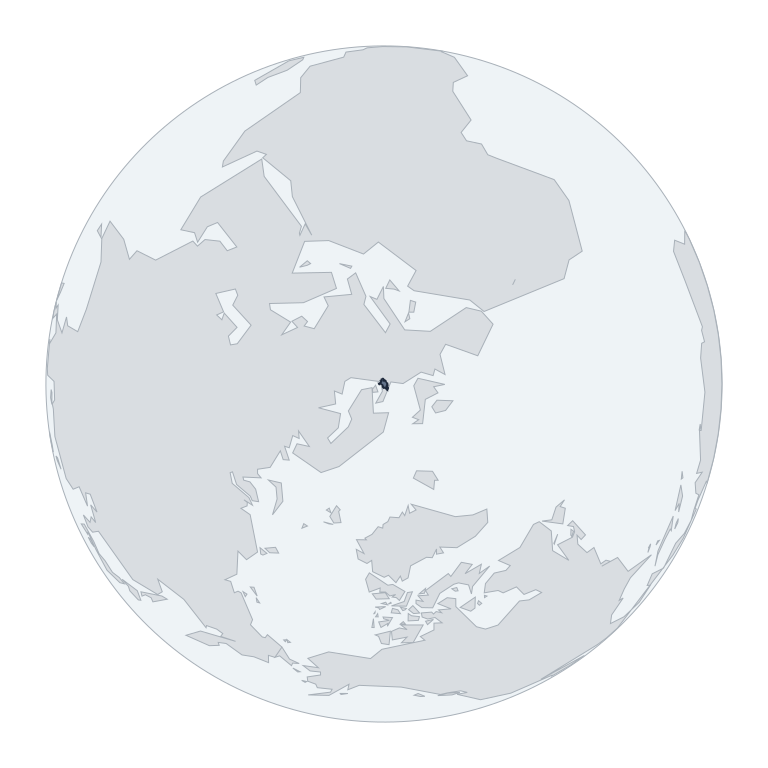 Schleswig-Holstein highlighted on a globe, orthographic projection, rotated 197°
{"feature_id": "DEU-1579", "entity_name": "Schleswig-Holstein", "entity_type": "State", "adm_level": 1, "iso_a3": "DEU", "parent_name": "Germany", "parent_adm1": "", "projection": "orthographic", "projection_center": [9.834, 54.215], "detail": "fine", "context": "on_globe", "style": "filled", "palette": "slate", "viewbox_px": 768, "rotation_deg": 197, "n_neighbors": 0, "source": "natural_earth", "source_scale": "10m", "svg_char_len": 13653}
<svg xmlns="http://www.w3.org/2000/svg" viewBox="0 0 768 768"><g transform="rotate(197 384 384)"><circle cx="384" cy="384" r="338" fill="#eef3f6" stroke="#a8b0b8"/><path d="M46.1,384.2L47.3,385.2L49.8,364.8L50.2,356.2L48.8,355.7L52.7,324.1L57.8,304.5L89.4,218.9L96.9,206.4L103.6,197.3L147.6,147.5L113.0,183.0L123.8,169.3L138.6,153.3L137.9,154.9L158.2,137.5L172.4,125.4L199.4,110.3L223.4,108.6L214.2,113.4L221.0,113.0L233.0,107.2L239.2,103.6L278.9,99.2L319.6,88.6L329.2,81.0L329.7,86.6L345.6,70.1L365.6,64.5L345.0,73.7L344.4,76.9L359.0,74.1L361.5,77.0L370.0,77.5L371.8,81.4L359.6,87.2L360.5,90.0L370.8,88.0L379.0,91.1L363.8,93.5L376.6,99.4L358.6,111.6L316.6,117.5L308.4,129.7L270.0,150.9L275.4,153.1L264.3,163.4L266.3,169.9L258.6,172.6L266.9,175.6L273.6,172.0L279.4,172.3L281.3,176.0L271.7,179.8L269.4,178.5L267.6,181.6L262.0,182.1L265.8,183.9L254.1,188.6L268.3,189.7L261.1,198.1L252.6,199.7L250.2,192.1L224.6,178.9L215.3,179.3L204.5,186.8L191.0,216.1L182.1,220.0L172.3,230.7L178.7,231.7L188.6,223.7L198.0,228.7L209.0,219.1L214.5,219.9L227.1,213.6L228.6,222.8L223.3,235.4L212.9,241.4L210.2,247.3L222.9,248.7L206.2,267.4L200.0,293.4L195.3,297.7L181.1,292.4L174.0,273.9L155.7,269.4L171.0,281.0L159.0,292.6L158.5,298.4L161.1,303.1L167.0,302.3L163.6,308.4L147.2,298.6L150.0,292.9L155.2,295.9L151.8,287.5L140.6,282.1L135.4,289.0L124.1,275.4L120.2,280.4L115.6,280.6L122.5,273.4L109.9,286.4L95.8,276.2L78.3,298.9L91.7,270.7L94.3,258.3L95.8,245.9L92.7,249.3L98.8,229.7L97.4,221.1L86.5,231.5L76.1,249.9L70.4,269.5L73.4,268.3L72.0,280.9L62.8,289.7L58.5,317.0L53.1,328.9L50.4,343.5L50.8,353.8L50.5,370.1L53.8,370.7L57.6,380.6L53.9,392.7L58.9,389.9L59.0,403.7L68.7,431.8L67.1,432.3L74.7,470.0L88.8,501.4L92.1,515.8L89.8,518.1L96.0,528.2L96.2,531.8L126.2,570.6L145.9,595.5L148.1,606.5L137.4,605.6L141.2,618.6L134.2,611.6L118.1,592.6L103.5,572.4L90.3,551.2L78.8,529.1L68.9,506.2L60.8,482.6L54.4,458.5L49.8,434.0L47.0,409.2L46.1,384.2ZM73.2,304.5L68.8,342.3L66.4,327.7L67.8,328.9L69.9,317.7L72.2,300.8L71.6,289.0L73.2,304.5ZM82.0,305.6L82.4,300.0L82.7,304.7L82.0,305.6ZM241.5,101.7L232.9,106.9L221.2,111.3L228.0,106.6L241.5,101.7ZM264.2,95.2L260.9,98.0L253.6,97.3L257.8,95.8L264.2,95.2ZM335.4,75.3L328.0,77.5L334.3,74.5L335.4,75.3ZM370.9,76.9L372.2,75.6L376.1,76.5L370.9,76.9ZM225.4,209.1L226.2,211.3L223.5,211.3L225.4,209.1ZM230.2,204.4L226.4,202.8L228.1,200.3L230.4,201.4L230.2,204.4ZM382.3,83.4L388.1,85.7L380.1,84.3L382.3,83.4ZM234.4,206.9L231.5,196.3L234.6,192.1L245.8,192.6L234.4,206.9ZM390.1,87.6L404.3,93.5L408.4,90.7L404.7,102.6L393.9,93.3L383.4,91.9L389.8,90.4L390.1,87.6ZM274.9,169.3L267.9,173.3L272.0,166.6L274.9,169.3ZM276.1,165.0L280.5,145.3L291.7,141.6L288.0,148.7L301.2,141.7L304.5,149.6L298.0,155.2L290.1,155.9L297.4,158.5L276.1,165.0ZM400.4,108.5L402.0,111.1L398.0,109.6L400.4,108.5ZM282.1,171.9L282.0,168.0L291.7,164.5L293.7,171.6L289.9,170.4L282.1,171.9ZM303.0,136.2L310.6,135.1L315.4,141.1L319.0,141.5L305.6,149.5L303.0,136.2ZM288.6,173.1L294.5,175.4L291.6,180.5L282.9,175.4L288.6,173.1ZM293.4,160.7L298.1,159.4L296.1,162.4L293.4,160.7ZM284.5,200.7L284.1,195.8L289.1,193.5L284.5,200.7ZM296.9,175.9L297.9,174.1L299.8,172.8L303.0,175.3L296.9,175.9ZM309.9,153.3L310.3,156.2L315.7,150.3L319.5,154.9L309.8,159.5L315.6,159.4L316.8,160.9L307.6,163.1L309.9,153.3ZM312.0,174.0L301.1,181.9L300.6,191.4L296.1,193.6L297.6,178.1L312.0,174.0ZM310.2,167.3L310.3,171.9L304.7,172.1L301.1,169.2L310.2,167.3ZM325.5,156.5L322.2,148.2L324.4,147.6L325.5,156.5ZM313.0,176.6L315.6,174.7L313.7,177.2L313.0,176.6ZM322.9,162.5L321.5,159.6L324.0,158.9L322.9,162.5ZM322.1,173.4L318.6,175.8L316.0,173.8L322.1,173.4ZM323.4,168.3L327.3,168.1L317.3,171.6L322.3,167.1L323.4,168.3ZM325.6,162.3L326.7,160.9L325.9,163.6L325.6,162.3ZM333.8,179.9L321.8,184.8L316.2,180.2L328.6,176.0L333.8,179.9ZM721.3,363.1L721.4,367.0L719.8,360.6L718.7,364.3L715.1,349.8L706.9,338.7L707.2,355.3L703.5,347.2L692.2,344.5L690.5,368.4L690.3,417.9L696.4,440.6L693.6,459.6L675.2,446.3L663.9,428.8L659.2,439.2L638.6,435.7L608.6,464.8L602.7,461.3L597.4,469.8L582.7,472.6L572.9,465.6L564.8,472.0L590.4,489.8L598.9,482.7L603.7,465.1L609.4,473.3L623.4,472.1L614.0,509.2L566.7,563.4L559.3,547.5L509.1,510.7L509.0,503.5L508.7,502.8L507.9,501.6L506.2,514.0L496.6,505.2L526.4,536.4L532.6,551.1L566.1,564.9L563.6,569.2L573.6,569.6L602.0,544.3L602.8,550.2L591.0,585.2L549.2,638.2L553.2,652.6L547.6,666.3L518.1,684.8L517.4,690.3L501.7,697.5L498.5,700.5L484.0,706.3L461.0,713.0L425.5,719.3L426.0,718.5L412.2,717.0L394.2,703.2L405.9,692.7L403.8,684.0L377.9,661.9L383.8,647.1L376.2,640.7L360.9,642.0L351.8,633.6L342.2,632.8L281.0,629.2L260.8,613.5L233.3,569.0L243.3,556.8L242.6,537.4L309.5,482.6L326.5,489.4L382.5,482.0L390.0,484.5L386.5,501.9L430.9,518.1L441.6,502.3L478.8,505.0L501.6,497.2L504.2,463.2L466.9,475.4L457.4,461.5L484.8,438.2L517.0,427.5L514.3,421.8L491.4,415.9L496.2,401.1L483.2,412.8L490.4,417.1L482.5,424.8L475.4,421.4L477.3,416.1L466.9,416.5L460.2,442.5L466.8,449.7L441.1,460.3L449.7,473.7L443.6,482.0L426.9,462.6L426.5,454.2L397.6,433.5L395.7,443.2L422.8,463.6L415.5,462.9L413.1,477.1L409.1,465.7L380.0,441.8L355.1,447.9L327.7,481.1L312.2,482.1L297.2,473.1L302.6,438.4L336.7,440.0L339.1,428.7L328.4,410.9L339.7,413.2L339.5,406.4L352.0,406.2L365.9,390.0L378.0,388.0L379.9,366.9L386.3,363.3L383.4,376.6L387.8,385.2L417.5,380.4L422.2,375.1L421.1,362.1L429.4,362.8L424.4,350.8L439.7,342.1L416.9,343.0L414.9,328.7L422.2,315.9L417.4,311.6L405.6,332.6L404.6,341.0L410.2,347.8L403.8,372.0L394.4,377.0L385.6,353.0L371.2,357.9L370.6,337.9L402.9,291.9L418.3,280.9L451.2,291.4L449.7,301.4L437.1,302.4L452.0,314.1L449.2,307.1L456.2,308.0L456.0,295.3L460.9,295.4L452.4,283.5L458.3,282.2L463.6,289.8L468.5,271.0L480.0,265.5L478.7,261.3L474.1,258.3L491.7,253.8L490.0,251.0L483.6,251.2L476.0,245.9L469.5,234.8L475.9,233.9L479.1,237.7L495.6,244.8L503.2,255.7L505.2,254.2L500.1,244.6L480.0,235.9L474.3,229.6L484.1,232.3L480.1,230.8L479.3,227.4L484.5,223.3L473.8,219.9L455.8,186.3L464.1,175.8L474.8,181.5L469.1,159.1L478.9,150.3L472.9,150.4L466.1,140.6L463.0,143.2L459.6,142.5L440.8,120.2L441.3,114.7L426.5,106.5L423.4,106.7L422.2,110.2L404.7,102.6L408.4,90.7L415.2,90.7L412.9,83.8L428.6,85.1L440.6,83.4L459.1,89.7L467.0,88.4L465.2,85.9L474.5,82.7L499.9,85.8L487.3,94.1L450.7,94.5L466.4,94.9L465.2,98.2L472.3,100.7L483.1,101.1L482.9,98.9L512.4,119.5L543.3,131.2L535.3,120.5L538.9,116.5L567.0,123.5L614.0,159.7L619.3,157.1L625.3,160.8L633.2,170.9L624.7,165.8L625.2,171.3L619.2,167.2L629.2,182.7L621.0,177.6L632.7,192.7L637.5,192.7L631.8,180.5L645.5,196.6L650.5,192.5L660.3,200.7L683.4,237.6L692.9,263.4L695.4,268.0L694.3,272.4L700.3,290.0L708.2,294.1L710.5,300.4L716.7,329.3L715.5,325.3L712.7,337.0L717.5,355.2L719.8,350.1L720.7,355.4L721.3,363.1ZM290.0,516.4L289.0,522.5L290.0,516.4ZM553.9,431.4L571.3,421.4L558.5,406.1L564.2,401.1L557.8,398.0L557.5,405.1L541.1,395.2L546.8,384.3L542.2,376.5L536.1,379.6L528.3,401.4L551.7,415.2L549.8,426.1L553.9,431.4ZM69.2,432.5L69.9,438.2L68.0,433.7L69.2,432.5ZM63.6,330.3L63.9,336.5L63.2,341.4L62.5,337.4L63.6,330.3ZM71.9,380.0L73.4,387.7L70.7,381.7L71.9,380.0ZM68.6,348.0L70.6,374.3L65.7,364.1L64.8,347.7L66.8,356.1L68.6,348.0ZM76.8,309.5L76.4,314.0L74.9,315.0L76.8,309.5ZM82.3,309.1L82.0,307.8L83.3,304.3L82.3,309.1ZM160.0,293.1L161.2,294.1L162.7,299.7L159.7,298.6L160.0,293.1ZM183.5,316.6L177.5,326.0L179.7,318.3L174.3,318.2L172.1,302.5L192.8,299.1L183.8,303.2L183.5,316.6ZM175.0,281.3L174.0,291.2L174.3,280.6L175.0,281.3ZM326.2,371.4L331.6,376.2L328.6,384.0L313.2,388.1L317.4,376.7L326.2,371.4ZM340.0,381.4L335.5,357.4L344.9,354.4L340.4,360.0L347.1,360.5L341.6,369.7L355.0,391.0L353.2,399.4L325.7,401.4L335.7,395.9L329.8,391.3L340.0,381.4ZM307.5,306.7L305.6,297.7L328.4,302.6L327.5,310.5L312.1,314.7L304.1,307.8L307.5,306.7ZM254.9,210.6L252.7,207.9L255.3,206.7L259.3,208.0L254.9,210.6ZM283.9,198.6L267.1,221.5L263.8,219.5L257.9,236.1L246.9,237.3L251.0,226.3L238.2,240.1L237.5,230.7L229.7,240.8L240.1,216.3L239.0,208.8L244.4,216.6L254.6,215.6L258.7,212.9L269.4,200.1L272.0,184.2L282.5,181.2L289.2,183.4L290.2,186.7L283.1,187.5L289.5,191.4L279.9,195.1L283.9,198.6ZM362.2,217.8L353.5,216.0L364.8,227.1L355.3,229.8L357.2,231.0L351.5,236.7L347.9,245.8L343.1,245.8L343.8,249.4L340.1,253.5L339.4,258.5L330.6,260.5L329.0,266.9L325.7,264.2L325.4,274.9L321.7,267.9L316.5,272.9L322.8,277.0L277.0,278.0L260.7,284.8L249.1,294.5L244.3,282.0L252.1,265.1L266.4,248.8L282.9,244.4L277.7,239.9L284.1,236.6L285.5,241.6L287.1,232.0L292.7,230.7L305.4,217.9L304.3,205.6L308.9,200.8L312.2,205.1L314.5,197.5L323.8,202.4L327.3,199.2L340.0,201.2L344.2,211.7L347.8,207.4L357.6,209.1L362.2,217.8ZM337.3,180.7L344.5,191.9L342.8,199.1L321.5,192.7L317.0,194.9L303.3,191.7L306.0,181.5L309.7,183.3L313.9,182.7L311.3,186.1L316.5,183.0L321.8,185.5L327.2,183.8L328.0,187.8L337.3,180.7ZM396.7,477.4L402.1,477.7L410.3,476.0L408.9,485.2L396.7,477.4ZM376.5,461.4L381.2,460.0L383.2,471.7L377.6,471.6L376.5,461.4ZM382.1,449.7L381.3,459.1L378.4,454.0L382.1,449.7ZM387.5,374.7L392.3,372.7L393.5,375.6L391.7,380.4L387.5,374.7ZM393.8,253.7L389.1,250.9L390.1,248.9L384.6,238.9L391.3,236.4L397.1,241.5L393.8,253.7ZM498.9,471.0L493.4,479.4L489.4,477.7L492.1,475.1L498.9,471.0ZM449.8,484.8L461.8,486.1L449.2,487.3L449.8,484.8ZM400.1,249.3L397.1,245.3L402.3,246.6L400.1,249.3ZM395.8,234.1L401.6,234.5L391.5,234.9L395.8,234.1ZM596.4,636.6L569.5,665.2L556.2,673.0L556.5,670.3L568.3,655.8L584.7,643.2L593.6,632.5L596.4,636.6ZM721.9,386.4L719.3,386.7L720.2,377.1L721.5,368.1L721.9,386.4ZM697.5,441.3L703.0,446.8L700.8,454.4L697.5,441.3ZM698.8,273.4L700.7,281.4L699.1,278.9L695.6,267.3L698.8,273.4ZM667.9,208.1L674.2,215.5L676.7,219.3L674.6,218.0L667.9,208.1ZM452.4,226.3L452.6,242.8L457.1,253.8L466.5,258.4L453.3,259.3L446.4,242.3L452.4,226.3ZM454.7,191.2L446.4,187.8L449.8,185.0L452.2,185.4L454.7,191.2ZM449.8,192.1L440.0,196.1L435.3,191.5L444.0,189.2L449.8,192.1ZM420.3,222.1L419.9,227.0L415.7,225.8L420.3,222.1ZM690.0,240.7L683.4,228.6L680.3,222.2L687.2,234.7L690.0,240.7ZM622.0,151.0L618.5,149.3L613.6,143.6L617.4,146.3L622.0,151.0ZM594.4,124.9L611.2,141.6L624.1,156.1L623.5,153.8L632.6,161.7L629.7,162.4L615.5,148.5L606.9,138.5L599.0,133.4L588.6,124.5L580.5,121.5L573.8,117.0L578.5,116.8L594.4,124.9ZM577.3,120.7L559.5,114.2L553.3,106.1L555.8,105.7L566.6,111.9L569.3,115.8L577.3,120.7ZM553.4,110.4L555.7,114.2L534.4,116.3L528.4,114.8L541.3,108.1L544.2,111.5L550.6,112.7L553.4,110.4ZM405.1,109.9L402.3,111.0L403.0,108.7L405.1,109.9ZM458.1,144.2L453.6,143.0L454.5,140.1L458.1,144.2ZM441.7,138.2L443.8,142.3L438.9,138.3L441.7,138.2ZM448.9,151.6L443.3,144.1L452.5,150.8L448.9,151.6Z" fill="#d9dde1" stroke="#a8b0b8" stroke-width="1"/><path d="M380.6,379.9L380.8,379.9L381.1,380.1L381.8,380.2L381.9,380.3L381.9,380.5L382.0,380.5L382.3,380.5L382.4,380.4L382.5,380.4L382.5,380.5L382.9,380.4L383.0,380.3L383.1,380.2L383.1,380.4L383.3,380.4L383.5,380.4L383.7,380.5L383.9,380.6L384.0,380.8L384.2,380.7L384.3,380.6L384.5,380.8L384.5,381.0L384.4,381.2L384.3,381.3L384.5,381.3L384.7,381.5L384.7,381.9L384.7,382.0L384.4,382.3L384.2,382.4L384.0,382.5L385.0,382.3L385.3,382.5L385.2,382.6L385.2,382.8L385.2,383.0L385.1,383.3L385.3,383.1L385.3,382.9L385.5,382.8L385.6,382.7L385.8,382.7L386.1,382.9L386.6,383.1L386.9,383.4L387.1,383.4L387.4,383.3L387.6,383.1L387.8,383.0L388.1,383.0L387.9,383.0L388.0,383.0L388.4,382.9L388.5,382.9L388.3,383.1L388.2,383.1L388.3,383.2L388.3,383.4L388.3,383.6L388.3,383.9L388.3,384.0L387.9,384.4L387.7,384.6L387.4,384.7L387.2,384.9L387.2,385.0L387.3,385.2L387.4,385.3L387.6,385.3L387.7,385.5L387.8,385.7L387.9,385.8L387.7,385.8L387.7,385.7L387.6,385.8L387.4,385.9L387.2,386.0L387.2,386.3L387.3,386.5L387.2,386.7L387.4,386.8L387.5,387.0L387.8,387.0L387.9,387.3L387.9,387.5L387.9,387.8L387.6,387.8L387.5,388.0L387.2,388.3L386.9,388.4L386.8,388.5L386.8,388.8L386.7,389.0L386.4,389.0L385.9,388.7L385.7,388.6L385.6,388.3L385.3,388.1L385.2,388.1L385.2,387.9L385.3,387.7L385.4,387.4L385.2,387.2L385.3,386.9L385.2,386.9L385.1,387.0L384.9,386.9L384.9,387.0L384.7,387.2L384.6,387.3L384.4,387.3L384.0,387.6L383.9,387.7L383.7,387.6L383.7,387.8L383.4,387.7L383.1,387.5L383.0,387.4L383.0,387.2L382.9,387.0L382.9,386.9L382.7,386.8L382.6,386.7L382.5,386.4L382.3,386.2L382.1,386.0L382.0,385.9L381.9,385.9L381.4,385.9L381.2,385.8L380.9,385.8L380.8,385.6L380.5,385.0L380.8,385.0L381.0,385.1L381.2,384.9L381.2,384.7L381.0,384.4L380.8,384.4L380.7,384.4L380.7,384.5L380.5,384.3L380.5,384.2L380.6,383.9L380.6,383.7L380.8,383.7L381.0,383.5L381.0,383.4L380.9,383.4L380.8,383.5L380.7,383.5L380.4,383.5L380.2,383.5L379.9,383.6L379.8,383.4L379.8,383.2L380.0,383.1L379.9,383.0L379.9,382.9L380.0,382.9L380.3,382.8L380.7,382.8L380.8,382.7L381.0,382.6L381.2,382.4L381.1,382.1L380.8,381.8L380.8,381.7L380.7,381.7L380.5,381.3L380.5,381.2L380.4,381.1L380.2,381.0L380.1,380.9L380.1,380.6L380.0,380.4L380.0,380.1L380.0,379.9L380.1,380.0L380.3,380.0L380.5,379.9L380.6,379.9ZM388.8,382.3L389.1,382.8L388.6,382.7L388.6,382.8L388.4,382.8L388.3,382.7L388.2,382.5L388.1,382.2L388.4,382.1L388.7,382.2L388.8,382.3ZM379.0,379.6L379.0,379.8L379.3,380.0L380.0,380.0L379.9,380.0L379.5,380.0L379.3,380.1L379.1,380.1L378.9,380.0L378.8,380.3L378.8,380.6L378.7,380.8L378.7,380.7L378.8,380.0L378.8,379.8L379.1,379.1L379.2,378.9L379.4,379.0L379.2,379.0L379.3,379.1L379.2,379.2L379.1,379.3L379.0,379.5L379.0,379.6ZM379.5,380.8L379.8,380.9L379.8,381.0L379.7,381.0L379.4,381.2L379.1,381.0L379.2,380.9L379.3,380.8L379.5,380.8ZM381.0,382.2L380.9,382.3L380.8,382.5L380.6,382.5L380.5,382.4L380.6,382.2L380.9,382.1L381.0,382.2ZM379.9,382.0L380.1,381.9L380.1,382.0L380.0,382.3L379.9,382.3L379.8,382.2L379.9,382.0ZM378.9,381.1L379.0,381.4L379.1,381.5L378.9,381.6L378.8,381.4L378.7,381.3L378.8,381.1L379.0,381.0L378.9,381.1Z" fill="#64748b" stroke="#1e293b" stroke-width="1.5"/></g></svg>